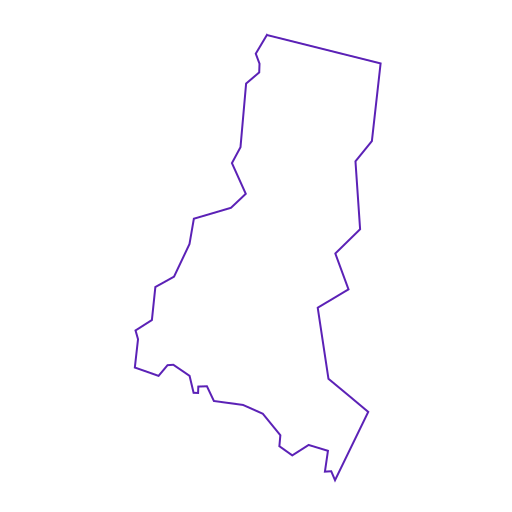 Gogrial West, Warrap, South Sudan, rotated 182°
{"feature_id": "79223893B68653566735715", "entity_name": "Gogrial West", "entity_type": "district", "adm_level": 2, "iso_a3": "SSD", "parent_name": "South Sudan", "parent_adm1": "Warrap", "projection": "albers", "projection_center": [28.129, 8.576], "detail": "fine", "context": "isolated", "style": "outline", "palette": "violet", "viewbox_px": 512, "rotation_deg": 182, "n_neighbors": 0, "source": "geoboundaries", "source_scale": "gbopen_adm2", "svg_char_len": 769}
<svg xmlns="http://www.w3.org/2000/svg" viewBox="0 0 512 512"><g transform="rotate(182 256 256)"><path d="M152.9,286.4L159.9,354.1L144.2,374.9L138.2,452.8L252.7,477.2L252.8,477.3L263.3,458.2L259.2,448.3L259.2,439.6L271.9,428.0L275.3,364.2L283.3,348.0L268.4,317.8L282.7,303.3L319.4,291.1L322.9,265.6L337.2,232.5L355.5,221.5L357.8,188.4L373.8,177.4L371.0,168.7L373.2,140.3L349.2,132.8L340.6,143.8L334.8,144.4L318.2,133.9L313.6,117.1L309.1,117.1L309.1,123.5L300.5,124.1L293.0,109.6L263.8,106.7L243.7,98.6L225.4,77.7L226.0,66.7L212.8,58.0L196.8,69.0L177.3,63.8L179.6,42.9L173.3,43.5L169.2,34.7L138.4,104.1L159.7,120.7L179.3,135.8L192.5,206.4L192.5,206.5L162.4,225.9L176.8,261.2L176.8,261.3L152.9,286.4L152.9,286.4Z" fill="none" stroke="#5b21b6" stroke-width="2"/></g></svg>